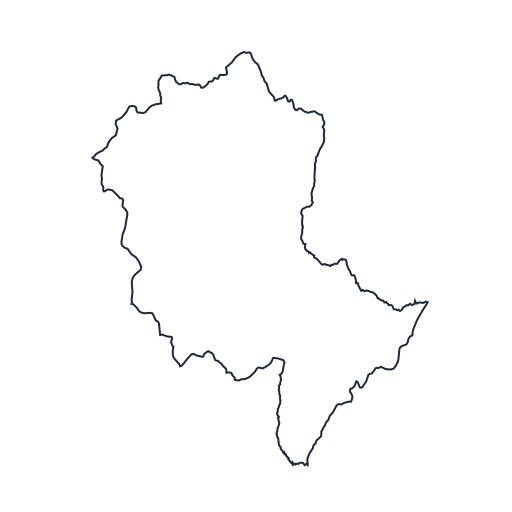 Salgar, Antioquia, Colombia, rotated 9°
{"feature_id": "7082276B68857935293525", "entity_name": "Salgar", "entity_type": "district", "adm_level": 2, "iso_a3": "COL", "parent_name": "Colombia", "parent_adm1": "Antioquia", "projection": "equal_earth", "projection_center": [-76.003, 5.966], "detail": "fine", "context": "isolated", "style": "outline", "palette": "slate", "viewbox_px": 512, "rotation_deg": 9, "n_neighbors": 0, "source": "geoboundaries", "source_scale": "gbopen_adm2", "svg_char_len": 6069}
<svg xmlns="http://www.w3.org/2000/svg" viewBox="0 0 512 512"><g transform="rotate(9 256 256)"><path d="M422.8,310.0L422.6,304.7L425.0,294.3L428.3,285.5L432.9,274.8L430.9,274.5L428.5,276.2L424.1,276.3L422.4,277.8L421.3,277.2L420.1,275.4L420.0,278.8L417.4,280.0L415.7,279.0L414.0,281.0L412.3,281.0L411.3,282.3L409.6,283.4L408.4,286.3L407.3,287.5L406.4,287.7L405.3,286.7L404.1,287.5L402.9,286.9L400.7,287.0L400.1,286.8L399.3,284.9L397.8,283.5L396.5,283.2L394.7,283.9L393.9,282.5L392.2,281.9L391.7,281.0L390.1,281.8L388.7,280.2L387.4,280.3L384.1,279.3L383.5,278.4L382.7,278.5L381.1,276.1L377.9,273.9L370.5,272.7L368.9,273.9L366.5,272.8L365.8,273.9L365.3,273.9L361.9,269.4L360.9,266.9L359.1,267.3L358.3,263.6L356.1,259.7L353.8,260.1L352.7,259.1L351.2,256.2L349.5,254.5L346.7,249.6L346.7,248.3L345.1,245.6L342.6,245.6L342.0,246.2L341.2,245.4L338.9,247.7L337.5,251.0L334.9,251.3L332.9,253.0L331.9,252.9L331.0,254.4L328.4,253.6L326.9,253.8L325.5,253.0L323.3,254.2L321.9,253.7L316.7,249.4L313.5,248.2L313.4,246.3L310.9,245.5L308.9,244.1L307.9,244.7L307.6,243.7L305.8,243.2L305.1,242.3L303.8,241.8L302.7,239.1L303.0,237.4L302.9,236.4L301.5,236.6L300.4,235.8L299.2,233.4L298.5,233.0L297.9,231.9L297.6,229.8L298.0,225.7L297.4,222.2L297.9,221.2L297.6,219.5L296.8,218.7L296.9,217.9L296.5,217.0L296.0,213.4L295.8,209.1L294.0,207.1L293.8,206.1L294.0,204.1L294.7,202.2L298.5,199.4L301.4,198.8L303.1,196.2L303.7,193.8L302.4,192.6L302.3,189.8L301.0,185.8L301.5,181.2L302.4,177.6L302.1,174.4L302.3,173.1L301.3,168.7L300.5,159.2L299.7,155.5L300.4,153.5L299.8,150.5L299.9,149.3L301.0,147.1L302.3,141.0L304.6,135.0L305.2,132.5L304.9,128.4L304.2,127.1L303.8,121.4L303.1,119.7L301.6,118.1L302.8,115.3L302.6,113.1L301.0,111.0L299.0,106.2L296.1,106.3L291.3,104.0L290.2,104.1L289.0,104.8L287.6,105.0L285.9,106.2L284.7,106.3L281.1,105.7L277.5,103.5L275.1,103.7L273.7,105.6L272.5,105.7L271.4,104.9L270.0,103.0L269.4,100.3L267.0,96.1L266.1,96.3L264.6,98.4L263.6,98.3L261.4,94.5L260.1,93.1L259.2,93.2L258.5,94.5L256.9,96.1L253.2,97.7L251.3,99.5L250.3,99.6L248.9,96.3L243.1,91.6L239.7,84.1L237.1,82.0L235.2,78.4L233.6,76.9L232.0,73.2L228.4,67.3L227.7,66.3L225.1,64.9L223.1,63.2L221.0,60.5L219.4,57.1L218.4,56.0L217.5,55.9L214.8,56.9L212.3,56.4L209.6,58.0L205.9,61.5L204.5,63.3L201.9,68.6L196.8,74.5L198.6,79.0L198.8,80.4L198.6,81.1L196.8,82.1L191.9,82.9L190.8,86.6L190.3,87.0L187.1,86.6L185.6,90.2L182.2,91.3L180.9,94.3L177.7,97.9L175.7,98.3L174.0,96.3L172.7,95.6L169.1,96.5L166.1,96.1L164.0,96.6L161.1,95.6L159.4,96.5L156.7,96.6L155.0,98.0L153.1,98.4L149.9,96.5L148.4,94.3L147.5,92.0L144.8,91.1L141.7,90.4L139.9,91.3L134.8,92.5L132.3,98.3L133.0,102.7L133.0,104.9L133.4,106.2L135.9,110.3L136.2,112.3L137.5,114.3L137.5,116.8L138.5,120.1L133.0,121.9L129.5,123.9L127.3,126.2L124.3,131.3L121.7,132.6L119.1,132.5L116.8,132.9L115.4,131.4L114.4,128.3L113.6,127.3L109.8,127.2L107.7,128.1L107.0,129.4L105.6,133.8L102.6,138.9L100.9,141.0L97.6,143.3L96.5,144.7L96.9,148.1L99.3,151.5L98.7,158.7L95.3,161.9L93.9,164.2L92.3,167.7L92.0,170.9L91.4,172.0L89.7,173.5L87.6,176.3L85.2,177.7L82.3,180.1L80.6,183.1L79.1,184.5L79.8,185.2L82.4,186.0L85.3,186.2L88.0,189.4L90.6,191.3L90.7,200.1L91.8,204.0L91.9,207.3L92.5,209.5L94.4,211.7L94.9,215.4L95.5,216.0L96.2,215.9L99.3,213.4L103.8,213.6L110.0,217.9L112.5,220.2L114.6,220.2L115.4,220.7L116.1,221.7L116.2,226.9L116.6,228.2L120.2,230.8L122.1,233.3L122.4,235.3L122.3,248.7L120.9,255.8L120.9,262.7L121.4,265.5L122.6,266.9L125.1,268.4L128.0,269.0L132.8,273.8L137.4,275.9L141.1,279.6L144.4,284.8L144.3,287.6L139.1,293.7L137.5,297.3L137.4,301.5L139.6,310.6L140.0,318.6L140.7,321.2L140.5,322.7L142.2,322.8L146.4,325.8L149.4,328.9L152.1,329.9L155.4,329.9L159.8,328.8L162.3,328.7L163.9,330.4L167.0,335.2L167.8,335.8L169.5,336.1L170.7,337.9L173.7,349.0L175.8,348.3L180.5,349.3L185.4,349.2L186.1,351.1L185.6,354.5L187.7,358.0L188.6,358.5L188.7,363.7L189.7,367.9L191.0,369.8L197.1,374.8L198.3,376.8L199.5,376.2L201.1,374.0L204.0,368.7L207.5,363.3L210.0,362.5L213.0,363.6L218.6,364.0L219.6,363.5L220.0,361.4L220.8,360.1L223.5,357.5L227.9,358.9L229.4,360.4L231.9,365.0L232.9,365.5L235.2,365.6L236.3,366.7L238.6,367.7L240.7,369.8L244.2,372.3L245.1,375.9L247.6,375.1L250.1,375.5L251.4,377.6L253.9,379.4L254.5,381.7L258.8,381.6L260.5,380.1L263.4,379.6L266.4,378.1L269.0,376.0L273.0,370.6L274.4,367.3L275.5,366.0L276.4,365.7L280.1,366.0L283.8,363.2L286.5,360.5L287.7,358.4L288.9,353.9L293.4,353.7L299.3,354.6L300.9,356.9L300.5,359.1L300.4,366.3L299.1,368.9L298.0,369.6L299.2,371.2L299.4,372.6L300.2,374.3L299.7,376.9L299.9,379.0L298.9,380.8L299.6,382.9L299.4,385.3L300.2,386.3L300.7,388.9L301.7,390.1L301.8,391.8L302.9,396.3L302.8,398.7L302.2,399.9L302.2,401.5L301.5,404.1L301.8,406.6L301.3,407.7L302.0,409.6L303.7,411.1L303.6,411.7L303.0,412.2L303.6,412.8L304.2,415.7L305.1,416.9L305.0,419.8L304.2,423.1L304.5,425.6L304.1,426.9L304.1,428.4L304.9,429.8L305.2,431.3L306.3,432.3L308.3,439.3L310.3,440.9L310.2,441.6L310.9,443.0L312.4,444.1L313.8,446.0L314.5,445.4L314.9,446.6L315.4,446.6L315.4,447.4L316.7,447.4L317.3,448.9L318.4,449.4L319.4,451.0L319.7,450.5L320.1,450.7L320.2,451.7L321.1,453.1L322.0,453.4L322.6,454.6L323.3,454.4L324.5,455.9L324.6,454.5L325.7,456.1L326.7,455.1L327.7,455.8L328.7,454.7L330.3,454.8L331.6,453.4L332.7,453.1L334.7,453.1L336.9,455.0L338.3,453.3L339.6,454.3L339.5,452.7L338.4,448.9L339.6,442.8L342.2,436.9L342.4,434.0L344.2,431.7L344.3,430.0L344.8,428.5L348.3,424.2L348.5,422.9L348.0,419.2L349.0,416.9L349.2,415.5L350.5,412.6L351.4,409.1L353.0,406.8L353.8,402.5L356.4,398.5L358.8,391.6L359.5,390.2L360.6,389.4L363.7,389.2L365.7,387.5L370.1,385.4L372.7,385.0L373.3,381.4L373.2,379.7L371.5,376.8L370.0,375.5L370.0,372.5L371.7,371.6L373.4,369.5L373.9,368.3L374.4,364.7L374.8,364.1L376.0,364.5L379.2,369.6L380.2,369.7L381.5,369.0L384.4,362.8L385.6,355.9L386.8,354.6L389.1,353.7L391.7,348.1L392.7,347.6L394.5,347.5L396.6,345.9L401.8,347.4L406.9,347.0L409.4,345.8L411.2,342.7L412.6,338.5L412.8,335.3L412.2,325.7L412.6,323.8L414.1,322.2L418.4,319.8L419.4,317.2L419.4,314.5L420.1,312.6L421.0,311.2L422.8,310.0Z" fill="none" stroke="#1e293b" stroke-width="2"/></g></svg>